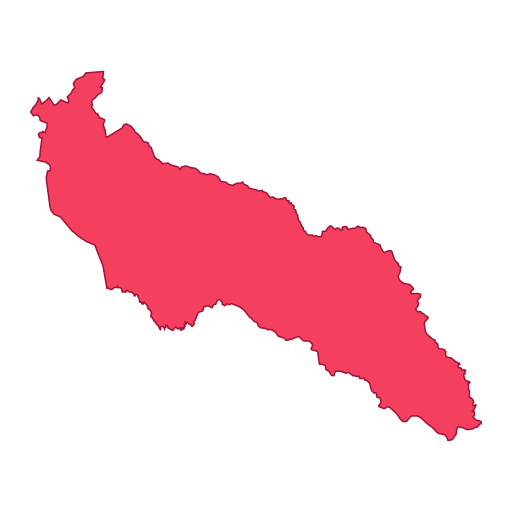 outline of Igembe South, Eastern, Kenya
{"feature_id": "3690345B60078326777064", "entity_name": "Igembe South", "entity_type": "district", "adm_level": 2, "iso_a3": "KEN", "parent_name": "Kenya", "parent_adm1": "Eastern", "projection": "natural_earth1", "projection_center": [38.161, 0.099], "detail": "fine", "context": "isolated", "style": "filled", "palette": "rose", "viewbox_px": 512, "rotation_deg": 0, "n_neighbors": 0, "source": "geoboundaries", "source_scale": "gbopen_adm2", "svg_char_len": 6045}
<svg xmlns="http://www.w3.org/2000/svg" viewBox="0 0 512 512"><path d="M30.7,112.0L33.5,115.9L36.0,114.7L38.5,115.9L39.6,117.2L40.2,120.5L47.3,123.3L47.2,126.1L45.0,132.8L43.0,131.4L42.9,132.4L40.1,132.4L38.4,134.3L39.5,137.6L42.0,137.8L40.1,151.9L39.9,156.5L37.1,160.2L45.6,162.1L49.7,165.0L50.5,166.9L50.1,170.5L47.6,171.0L46.2,177.9L49.9,206.6L51.2,210.7L54.2,214.3L60.3,216.8L71.6,230.4L79.3,236.9L86.3,241.5L94.8,245.0L103.0,266.0L106.9,288.3L107.6,287.9L110.6,289.5L112.1,289.2L113.8,287.8L116.6,287.2L117.3,286.3L118.1,287.9L119.0,287.4L120.8,288.0L122.3,290.3L121.8,290.9L122.8,292.2L123.4,291.8L125.8,292.2L126.4,290.1L129.5,292.1L131.3,291.9L133.6,294.0L134.4,296.0L135.1,295.8L135.1,294.9L135.7,294.2L138.1,295.6L138.0,296.7L139.5,299.3L139.3,301.3L139.8,302.0L142.4,302.5L141.8,303.4L142.2,304.1L143.1,304.0L144.4,302.3L147.1,305.3L148.3,309.1L150.9,310.9L151.6,314.4L150.8,314.9L151.0,317.0L152.0,317.3L154.4,321.7L155.8,322.0L156.3,324.1L158.4,325.7L159.6,328.8L160.4,329.6L160.8,328.8L160.1,327.1L162.2,326.3L163.7,327.4L164.6,329.2L164.9,327.4L165.9,327.2L165.8,325.5L166.7,325.3L168.3,326.9L167.9,327.8L172.3,330.3L173.5,330.1L174.5,328.1L175.9,326.9L177.6,328.9L178.9,328.7L179.4,327.8L180.2,328.0L180.5,329.9L181.4,330.3L182.0,329.8L182.1,327.8L182.8,327.9L183.6,329.0L184.1,328.4L184.1,326.9L185.1,326.4L184.3,324.1L186.1,324.1L186.2,323.1L185.3,322.8L185.1,322.0L187.2,322.5L189.3,324.1L190.7,324.1L191.3,325.9L192.0,326.5L194.1,324.4L193.9,321.2L195.2,320.2L198.2,312.5L202.7,310.9L203.9,306.8L208.1,305.7L211.9,307.8L213.3,305.0L215.9,304.0L217.1,300.7L219.5,299.5L220.5,299.8L220.8,301.0L222.3,302.3L222.1,304.1L224.2,305.5L225.0,305.7L226.8,303.6L228.8,304.8L231.5,303.6L239.6,306.8L243.9,310.0L250.0,317.6L250.9,317.9L253.9,321.2L257.2,322.7L258.3,325.8L259.5,327.0L260.5,327.8L265.3,328.4L267.8,329.9L269.4,329.4L272.4,330.1L275.8,332.6L278.1,336.1L284.6,338.3L285.9,340.4L288.5,340.1L289.6,339.0L291.1,339.4L297.1,336.9L299.1,336.7L303.2,340.7L305.8,341.2L308.0,340.8L309.5,341.4L312.2,343.9L312.4,346.4L311.0,348.5L311.4,349.7L317.3,351.3L317.8,352.3L319.3,363.7L319.8,364.4L322.0,364.2L325.3,365.6L325.9,369.6L328.9,371.3L331.3,375.1L333.3,375.8L334.1,375.5L334.6,372.9L335.7,371.3L340.4,371.1L345.7,373.2L348.8,372.5L353.0,375.8L354.1,375.5L355.8,376.3L359.1,376.3L359.4,378.0L360.1,378.6L363.8,378.3L365.1,380.3L366.8,380.5L369.6,383.3L371.3,389.8L372.5,391.7L374.1,393.1L375.7,392.7L376.3,393.4L376.9,397.1L378.7,397.6L380.6,399.1L381.1,402.8L378.7,405.5L378.8,406.5L383.6,408.5L385.4,408.2L385.8,407.3L386.8,406.9L389.8,407.3L396.8,413.9L400.4,419.2L402.9,421.5L406.0,421.6L407.2,420.8L409.7,417.4L411.6,416.0L417.3,415.9L420.8,417.7L427.3,423.8L432.2,427.3L436.7,432.2L438.9,433.5L444.6,434.7L446.7,437.0L447.8,440.2L449.0,440.5L452.3,439.6L456.1,434.4L456.9,428.7L458.2,426.9L460.8,427.1L467.5,429.7L473.5,428.7L474.8,427.2L477.3,427.2L479.9,423.9L481.0,423.8L481.3,421.9L479.2,420.5L476.5,420.4L473.2,417.3L474.4,415.1L474.5,413.0L474.1,411.7L472.4,411.2L473.7,410.1L476.0,405.6L475.7,404.7L473.7,405.6L472.9,405.2L472.6,403.8L473.6,402.5L473.5,400.8L471.8,398.5L469.4,396.8L469.5,390.9L468.4,389.3L468.5,385.1L468.0,383.1L469.7,383.0L469.8,381.9L465.6,380.3L464.5,378.5L463.6,375.0L463.8,374.1L465.1,373.9L464.9,372.1L465.7,370.6L464.6,369.8L462.1,370.2L461.2,368.2L458.4,367.4L458.1,364.9L459.8,364.5L459.6,363.5L456.0,361.9L450.9,357.8L446.5,357.0L445.5,355.0L445.8,351.7L444.4,349.7L442.5,349.0L439.3,348.9L438.5,348.2L437.8,346.5L437.8,344.1L435.3,341.9L435.0,340.0L432.4,339.0L426.7,333.9L425.4,331.4L424.3,323.5L424.6,322.2L427.6,318.7L428.1,317.7L427.7,316.8L425.6,315.7L423.2,313.4L421.6,313.3L420.6,311.5L417.5,311.8L416.0,309.7L415.9,308.4L417.8,306.4L418.6,303.6L417.5,300.9L417.7,300.1L420.4,297.0L420.7,294.4L417.9,293.4L411.4,293.7L410.8,291.9L413.6,289.1L412.6,287.2L409.4,284.4L404.4,283.7L400.6,281.3L399.3,279.7L398.3,277.0L398.4,275.7L400.1,271.9L400.9,266.9L399.0,266.2L398.5,265.3L398.7,264.2L394.7,260.0L391.9,251.6L391.1,250.8L389.7,250.7L386.5,251.4L385.0,252.5L383.4,252.0L380.7,247.5L380.0,244.9L373.7,242.4L373.2,241.4L373.3,240.0L371.3,237.8L370.7,235.8L369.6,234.4L366.4,232.2L365.8,228.5L363.4,227.3L360.3,227.4L358.0,226.1L355.2,228.2L351.8,228.4L347.9,229.6L347.3,229.1L347.7,227.9L346.0,226.5L342.8,226.9L342.2,227.8L342.2,230.0L340.9,230.4L339.0,228.2L336.9,228.1L335.2,229.2L334.5,229.1L331.3,226.0L330.1,225.9L327.9,227.7L325.7,231.2L322.7,231.3L322.2,231.9L322.3,233.9L321.2,236.6L318.1,236.6L316.5,235.8L313.4,236.1L312.1,235.0L308.5,235.1L306.8,234.2L305.3,231.3L303.4,230.4L303.3,227.9L301.9,226.4L300.0,222.0L298.2,219.7L297.9,215.8L295.6,211.7L296.0,210.7L295.3,209.8L293.8,209.2L293.5,208.1L294.2,206.8L293.7,205.4L291.9,204.8L291.3,202.8L289.3,203.1L288.9,200.7L286.6,200.7L285.9,198.1L285.0,197.5L283.3,198.5L279.2,199.1L276.1,199.0L273.2,197.0L270.0,197.4L266.7,193.0L262.7,191.3L262.4,190.5L258.3,191.0L255.8,189.4L253.6,189.4L248.8,188.0L247.7,185.9L243.6,184.0L242.7,182.0L240.8,183.1L236.8,183.2L235.0,184.3L234.0,184.3L233.2,185.4L228.6,184.5L226.0,182.1L221.1,181.6L218.0,176.7L214.1,174.7L210.2,173.7L206.9,174.8L203.8,173.5L201.6,173.4L199.7,172.5L198.5,170.7L195.2,168.2L191.5,167.8L185.7,165.9L181.2,167.1L180.7,168.9L179.8,169.4L178.2,167.0L170.3,164.7L168.2,163.1L162.5,163.6L160.7,161.5L159.0,160.6L158.8,159.8L156.9,159.1L154.5,157.0L151.2,147.6L149.2,146.0L148.0,142.7L143.3,141.5L141.1,137.7L137.7,133.8L135.2,132.2L134.1,129.9L131.1,126.3L126.3,123.9L123.9,124.7L122.0,128.1L106.7,137.4L105.9,136.9L105.5,131.5L103.4,125.6L103.4,123.7L104.7,120.6L104.6,119.7L99.1,117.3L98.0,114.4L97.1,113.5L95.9,113.4L91.4,106.6L92.4,105.3L91.7,101.8L92.5,99.7L94.8,98.3L98.0,94.6L101.8,92.3L102.4,87.5L100.5,86.9L103.9,81.8L104.6,79.6L102.8,78.2L103.5,71.5L85.9,72.9L83.3,76.4L76.1,79.4L73.4,83.4L74.7,87.7L72.6,90.0L71.2,92.9L67.2,97.0L68.7,100.3L68.8,101.4L67.9,102.9L60.8,99.9L56.3,104.6L54.0,105.2L49.1,97.5L46.1,100.8L41.6,103.9L39.5,98.6L38.3,97.8L38.0,100.4L36.0,104.4L33.3,107.3L30.7,112.0Z" fill="#f43f5e" stroke="#9f1239" stroke-width="1.5"/></svg>